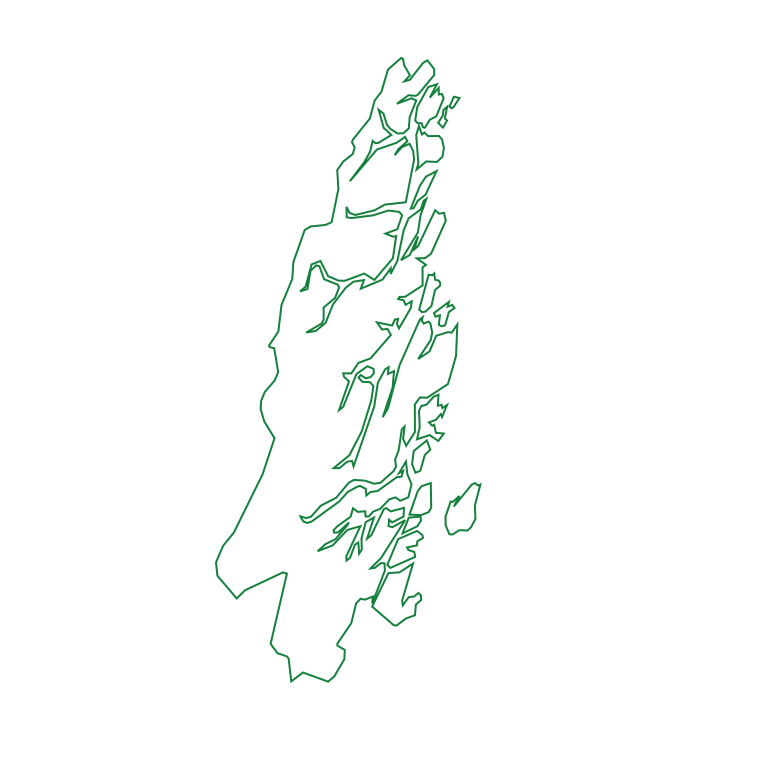 the border of Møre og Romsdal, rotated 118°
{"feature_id": "NOR-910", "entity_name": "Møre og Romsdal", "entity_type": "County", "adm_level": 1, "iso_a3": "NOR", "parent_name": "Norway", "parent_adm1": "", "projection": "robinson", "projection_center": [7.305, 62.718], "detail": "fine", "context": "isolated", "style": "outline", "palette": "green", "viewbox_px": 768, "rotation_deg": 118, "n_neighbors": 0, "source": "natural_earth", "source_scale": "10m", "svg_char_len": 6167}
<svg xmlns="http://www.w3.org/2000/svg" viewBox="0 0 768 768"><g transform="rotate(118 384 384)"><path d="M88.0,519.8L93.1,515.9L99.2,506.0L107.2,508.1L103.4,504.0L82.2,500.3L77.9,497.6L82.4,487.5L87.4,484.7L112.0,489.7L114.6,491.1L117.6,498.0L130.5,504.2L118.7,493.7L118.6,488.6L136.1,486.7L146.6,482.1L153.6,484.7L156.5,489.9L155.7,498.3L153.6,503.3L145.5,511.4L144.4,517.4L158.0,504.5L160.7,494.4L173.8,502.2L175.4,504.7L174.7,508.1L185.7,505.3L197.9,505.6L221.1,509.4L180.3,500.3L164.9,486.0L155.9,481.4L158.7,477.3L170.0,481.6L177.0,482.0L166.4,479.4L159.9,474.2L164.5,467.7L171.7,462.8L213.3,450.1L225.3,467.6L235.0,473.8L248.2,488.6L249.1,494.7L245.2,500.3L254.3,495.2L252.7,490.5L240.2,472.8L228.9,461.7L224.9,451.5L226.5,447.2L241.1,444.9L250.5,453.3L249.7,445.1L247.6,442.7L268.8,435.2L296.6,441.3L295.8,453.3L311.2,467.0L314.1,472.7L315.0,484.0L305.2,497.9L312.4,504.1L334.7,498.9L341.7,501.6L336.1,496.2L318.6,502.0L311.1,499.6L310.3,496.4L319.6,486.0L318.0,471.5L319.8,469.0L330.8,467.6L344.9,473.2L355.5,467.5L359.8,467.4L375.1,476.8L369.0,469.0L357.3,464.3L337.9,466.4L317.4,463.1L308.0,459.0L301.7,450.5L310.7,449.2L292.6,434.4L278.7,432.4L283.7,429.8L269.0,430.0L238.7,438.9L226.1,440.0L212.6,433.5L203.5,435.0L200.6,433.5L217.6,431.0L234.4,425.2L266.7,427.1L257.9,421.8L237.7,423.2L250.7,420.4L246.1,418.6L206.6,420.4L207.7,415.2L204.7,411.4L210.8,406.1L246.8,403.6L253.5,406.7L257.7,414.0L259.1,402.8L262.8,404.8L278.8,396.2L297.1,406.3L299.8,411.2L302.4,411.4L300.9,406.1L303.9,402.2L298.0,398.3L304.4,396.0L327.9,396.9L324.7,400.8L319.9,402.2L322.0,404.7L328.5,404.2L332.9,419.2L336.8,411.4L333.8,406.7L337.4,401.0L367.7,407.9L377.3,416.5L390.0,417.8L393.7,425.0L396.5,422.5L398.1,416.1L428.1,411.4L423.3,409.3L388.2,413.0L376.1,407.0L375.5,400.3L379.3,398.0L384.1,399.0L387.5,402.8L387.0,408.8L390.4,409.5L392.2,404.0L388.9,397.1L390.8,392.4L404.5,387.5L436.4,381.4L463.1,381.1L481.9,389.0L479.3,384.0L469.9,380.0L466.9,376.1L471.0,372.2L408.7,382.0L385.8,390.0L370.6,389.9L366.9,387.8L373.3,385.2L367.9,381.2L383.2,374.7L413.8,369.5L403.4,369.1L360.0,379.1L310.1,382.6L307.0,381.2L310.3,380.7L312.0,377.3L308.0,374.0L308.9,371.4L315.9,365.6L323.2,363.4L345.9,365.6L333.9,359.1L316.9,360.5L308.1,351.8L306.9,348.3L297.0,347.2L325.6,333.5L354.0,327.5L375.9,339.5L378.9,345.9L387.5,347.2L411.8,334.2L428.2,335.4L423.5,341.3L411.9,345.9L415.7,347.0L435.7,339.9L445.5,338.7L451.3,334.6L456.3,334.6L472.8,340.7L476.7,345.9L478.3,355.5L482.8,365.6L488.0,368.8L506.9,372.8L521.0,382.6L535.3,386.1L538.9,389.7L540.1,395.7L543.2,390.9L542.8,386.8L539.8,383.5L508.6,368.3L496.2,365.3L487.1,359.3L485.3,357.2L485.1,350.9L490.7,347.2L485.7,345.3L481.6,339.5L460.2,328.9L457.6,325.0L451.7,326.3L455.7,328.9L442.2,328.2L452.6,321.1L459.6,312.6L472.6,309.3L479.5,314.9L478.7,320.6L483.4,325.2L496.0,328.7L501.7,333.6L508.2,335.3L509.6,338.1L505.2,340.8L509.2,347.0L508.2,353.0L516.9,351.2L531.4,358.3L536.5,359.9L538.7,358.4L536.6,354.8L522.7,349.9L525.9,350.1L543.9,354.0L552.8,360.5L562.8,364.1L550.5,353.5L530.1,347.9L520.7,338.1L553.9,336.4L557.5,334.2L553.3,332.4L539.5,334.2L536.0,332.3L545.4,326.3L540.6,325.9L531.1,331.3L514.6,335.3L506.6,330.2L528.5,326.3L523.4,324.2L494.8,325.4L492.5,323.8L493.3,318.2L484.0,308.2L491.9,304.5L502.4,311.9L501.4,315.8L507.4,313.3L506.4,309.3L494.3,301.4L539.0,304.9L553.2,309.3L550.7,305.8L543.6,302.7L542.1,299.4L548.3,295.6L583.3,291.4L576.9,294.1L583.2,299.4L584.7,303.9L590.9,305.6L610.6,300.6L635.2,303.3L636.9,302.3L637.2,293.8L645.6,289.8L665.4,290.6L673.0,293.6L676.8,320.1L690.1,326.3L671.2,339.3L670.1,342.1L671.7,351.7L666.7,362.1L597.0,380.7L597.8,384.8L631.2,409.8L642.5,413.4L631.5,441.1L620.4,448.6L602.5,450.1L585.5,446.8L520.7,448.8L483.3,455.2L473.3,472.1L464.1,481.1L456.6,484.6L447.0,485.5L432.4,482.2L423.2,483.0L404.0,497.7L405.1,502.5L403.9,503.6L387.3,501.9L362.3,511.6L334.3,514.3L319.0,521.2L285.4,526.3L279.4,522.8L270.9,510.2L265.7,506.2L233.3,515.8L217.1,525.7L206.9,524.5L195.5,519.5L188.9,521.0L185.5,525.8L182.7,526.2L156.4,521.1L138.1,525.3L127.1,523.5L104.4,528.1L88.1,521.9L88.0,519.8ZM586.1,290.0L548.8,291.3L543.1,281.9L528.9,274.1L566.7,266.3L570.6,263.5L560.6,262.1L557.5,257.7L552.3,255.4L553.4,252.1L557.1,249.8L563.8,252.3L573.6,248.1L580.8,254.6L591.5,259.6L592.4,262.3L586.1,290.0ZM447.4,264.8L459.4,264.8L431.6,259.3L428.8,257.1L429.4,253.1L427.5,251.7L448.6,246.7L460.2,239.9L469.8,239.9L474.2,241.6L477.7,248.9L484.6,252.7L486.0,255.7L479.8,263.2L472.3,267.4L456.4,270.0L456.0,268.0L447.4,264.8ZM407.7,319.7L417.3,328.9L405.4,332.2L391.2,340.5L385.9,340.7L382.3,336.8L371.7,334.1L367.9,330.8L377.9,326.3L375.3,323.3L377.9,321.1L373.0,318.5L385.9,317.2L383.9,319.7L391.2,321.3L396.8,326.3L398.2,321.8L396.5,320.6L402.7,315.2L399.7,308.0L408.8,309.3L407.7,319.7ZM163.1,441.5L167.7,451.2L179.3,455.9L173.2,457.2L149.1,472.4L139.9,474.2L145.9,467.6L143.0,466.4L144.4,461.4L139.2,451.9L140.8,447.5L147.7,441.8L155.8,439.1L163.1,441.5ZM129.0,467.6L138.5,468.2L139.0,470.2L136.1,473.1L137.9,476.8L136.8,480.1L123.7,484.7L101.0,484.3L94.5,478.0L109.7,478.0L96.9,474.7L102.7,471.5L100.7,469.0L103.6,465.5L123.2,463.5L129.0,467.6ZM522.0,275.3L543.4,292.1L542.1,296.2L514.3,298.7L498.2,285.8L499.4,279.1L501.7,277.3L507.1,280.7L511.1,279.2L517.4,286.9L519.1,284.5L518.1,278.3L522.0,275.3ZM476.3,284.5L482.5,289.9L487.3,300.2L462.9,303.9L456.6,302.9L449.5,296.2L471.1,284.2L476.3,284.5ZM293.0,378.7L300.5,381.3L302.7,384.2L301.9,387.8L266.6,395.9L265.2,392.2L262.8,391.6L267.9,387.8L267.0,384.2L268.4,381.7L271.1,380.7L277.1,383.1L293.0,378.7ZM427.7,314.6L443.5,311.2L447.6,314.6L441.6,321.6L429.2,326.3L413.7,319.7L420.2,312.3L427.7,314.6ZM206.4,440.2L214.9,440.4L216.6,442.7L192.0,445.4L181.2,444.3L171.4,437.6L197.5,436.2L206.4,440.2ZM290.0,360.5L303.5,357.6L306.1,360.5L306.0,363.4L297.0,366.9L300.4,370.2L297.9,373.2L281.0,365.2L285.9,364.1L282.1,360.8L283.9,357.4L290.0,360.5ZM494.0,287.8L507.2,297.5L490.4,299.4L483.9,289.5L487.2,287.2L494.0,287.8ZM114.4,460.2L109.6,458.4L120.9,455.0L121.7,452.0L129.9,452.3L128.0,458.8L119.0,458.1L114.4,460.2ZM108.3,456.3L97.6,457.2L96.0,451.6L106.5,452.6L108.7,453.5L108.3,456.3Z" fill="none" stroke="#15803d" stroke-width="2"/></g></svg>